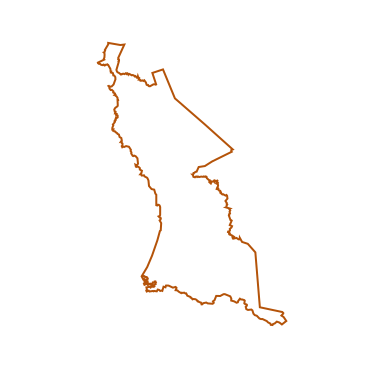 ÅpÅtiki District, Bay of Plenty, New Zealand, rotated 293°
{"feature_id": "76426892B67902923412925", "entity_name": "ÅpÅtiki District", "entity_type": "district", "adm_level": 2, "iso_a3": "NZL", "parent_name": "New Zealand", "parent_adm1": "Bay of Plenty", "projection": "orthographic", "projection_center": [177.566, -38.035], "detail": "fine", "context": "isolated", "style": "outline", "palette": "amber", "viewbox_px": 384, "rotation_deg": 293, "n_neighbors": 0, "source": "geoboundaries", "source_scale": "gbopen_adm2", "svg_char_len": 5913}
<svg xmlns="http://www.w3.org/2000/svg" viewBox="0 0 384 384"><g transform="rotate(293 192 192)"><path d="M105.2,326.5L110.1,329.2L112.7,325.2L113.2,322.6L115.8,323.5L116.3,323.3L116.8,322.0L112.4,299.5L161.2,273.9L166.1,263.6L165.6,257.6L168.5,253.9L167.3,254.3L166.8,254.0L166.6,253.2L167.1,250.9L165.1,248.1L165.6,247.4L167.2,248.1L167.4,247.0L167.0,246.4L167.6,246.0L167.6,243.8L167.9,244.0L168.1,243.4L167.7,243.3L167.9,242.8L168.6,242.8L168.6,242.2L169.4,242.0L169.2,240.8L169.7,240.7L170.3,241.7L171.6,241.9L172.8,241.2L174.8,242.2L176.2,242.2L176.3,239.7L182.0,239.7L181.4,239.4L181.2,238.4L184.8,235.1L185.5,235.3L186.0,234.8L187.1,235.4L188.5,234.3L190.0,234.4L190.9,232.9L191.6,233.5L191.1,229.2L191.6,229.7L192.6,229.2L194.3,229.3L194.6,228.5L195.4,228.4L196.8,226.3L199.8,227.2L202.2,225.8L202.7,224.9L201.8,224.3L202.1,221.4L201.6,220.9L202.1,219.3L202.6,219.1L202.5,218.3L203.6,218.2L204.1,217.5L203.8,216.8L204.6,215.2L204.5,214.3L205.4,214.9L205.6,214.7L205.4,213.5L207.9,213.6L209.2,212.8L209.3,211.8L209.7,212.3L210.5,212.3L210.7,211.1L211.3,210.7L213.0,211.4L211.2,209.7L211.4,209.0L210.1,209.0L211.0,207.8L209.8,207.4L209.2,205.0L208.3,205.1L207.9,206.0L207.2,206.0L207.9,204.0L209.7,203.7L209.6,202.9L210.5,200.3L211.7,199.4L211.7,198.5L211.0,198.1L211.0,196.8L210.3,196.3L209.8,194.5L208.5,192.6L208.6,191.5L207.8,190.9L208.1,190.3L207.6,189.4L206.7,189.0L206.5,187.4L207.9,186.3L208.2,185.6L208.5,186.3L210.1,186.0L210.4,186.6L211.9,187.3L212.5,188.3L217.6,188.4L220.9,193.7L228.0,198.6L244.5,212.8L244.8,212.2L246.0,211.8L247.1,212.9L259.3,177.2L271.5,139.7L293.5,117.4L286.1,109.0L276.4,117.5L276.9,116.4L276.0,114.4L272.9,112.0L272.6,111.0L273.3,109.8L272.9,109.3L273.0,108.3L274.8,106.8L276.2,104.4L275.2,103.8L275.4,102.9L274.6,101.8L274.8,101.0L274.4,100.8L275.2,99.6L274.8,99.1L276.3,98.9L276.6,97.6L277.3,97.0L276.1,97.2L276.3,96.8L276.0,96.5L276.4,96.3L276.0,96.0L276.6,94.6L276.0,94.2L276.6,92.7L276.4,91.5L275.9,91.0L276.2,88.4L275.9,88.3L275.9,87.1L275.3,87.2L275.9,86.1L275.0,85.6L275.5,84.7L274.1,83.7L274.0,82.3L273.1,81.6L272.9,80.7L272.4,80.6L273.1,78.2L273.1,77.0L273.5,75.9L274.9,74.7L283.3,73.7L283.5,73.3L284.4,73.5L285.2,73.1L285.3,72.3L286.0,72.3L286.5,71.7L301.3,72.1L299.3,68.6L296.5,56.6L295.2,57.2L288.7,56.3L288.5,56.7L286.5,56.8L286.0,56.3L285.7,57.1L284.2,57.9L281.6,58.8L280.0,58.8L279.6,59.5L274.3,54.8L273.9,55.1L273.6,56.1L274.0,57.4L273.6,58.2L273.7,59.8L274.6,60.7L274.3,61.0L274.7,61.6L274.4,62.3L275.6,63.0L275.9,64.0L276.4,64.2L276.2,65.2L273.4,68.8L271.3,69.9L271.4,70.6L270.3,70.7L270.5,72.8L268.6,74.0L268.8,75.0L267.8,76.5L265.8,77.5L260.3,77.8L257.8,76.8L257.2,75.9L256.9,74.7L257.2,74.0L256.9,73.7L256.0,75.2L255.0,75.6L254.1,77.3L254.7,78.3L253.9,80.4L252.8,80.6L252.6,82.6L252.0,83.1L251.1,82.8L251.4,83.8L250.7,84.1L250.5,85.3L249.5,86.7L248.3,87.2L248.1,87.8L247.8,88.0L247.6,87.5L242.8,89.8L241.8,89.9L239.5,88.5L237.6,88.2L235.9,89.4L236.0,90.2L234.3,90.4L234.6,91.0L234.1,91.4L234.5,91.4L234.4,92.3L232.9,92.5L233.2,93.7L231.6,94.4L230.7,93.8L230.6,93.0L229.0,93.1L229.1,93.4L228.6,93.7L227.0,93.0L226.7,93.6L226.0,93.6L223.2,92.8L222.7,93.5L219.9,93.6L218.4,94.2L219.0,95.2L217.6,95.5L217.7,96.2L217.4,96.9L217.7,97.7L217.0,99.0L216.9,100.2L216.4,100.7L216.3,102.3L214.3,103.9L214.1,105.8L212.1,107.2L210.5,106.9L211.0,107.6L209.6,108.2L209.4,109.1L207.9,109.7L206.8,109.4L206.0,110.3L206.9,110.8L206.9,111.9L208.5,113.4L209.0,116.3L206.9,119.3L205.8,119.4L204.8,120.8L203.7,121.0L202.1,123.3L202.1,123.9L202.9,124.5L202.9,126.2L201.7,128.6L197.0,131.2L195.9,131.1L194.9,130.1L195.0,129.3L193.4,130.4L193.3,130.9L193.9,131.3L194.2,133.0L193.6,134.7L192.3,135.2L192.0,137.6L189.0,138.1L188.9,137.7L188.1,137.5L188.3,138.0L187.5,139.3L188.6,141.3L187.8,142.2L187.6,144.9L187.2,145.7L185.6,147.4L180.7,150.1L178.9,153.6L179.4,156.3L176.2,158.9L175.5,160.2L165.9,164.3L166.0,165.3L167.0,165.7L167.2,166.5L166.9,167.5L165.7,168.6L158.3,171.7L157.3,171.6L156.5,170.8L155.8,172.4L156.0,173.1L155.5,173.6L154.3,173.8L153.2,173.3L151.3,175.8L144.5,178.2L143.6,177.7L134.0,179.0L117.8,180.1L105.4,180.1L94.7,178.6L92.6,181.1L92.9,181.3L93.8,179.8L95.4,179.6L96.0,181.1L95.4,181.8L96.0,183.5L95.7,184.2L95.1,185.1L94.1,185.2L93.8,184.4L92.9,184.7L92.4,184.2L93.5,183.5L92.2,183.6L91.5,184.7L92.1,186.2L91.1,186.6L90.5,188.1L90.5,188.7L90.7,188.4L91.6,190.0L91.3,191.1L91.8,191.7L93.4,191.3L93.6,192.0L94.4,192.4L94.4,193.1L95.2,192.9L95.4,193.3L95.1,193.6L95.0,193.2L94.7,193.5L94.2,193.3L94.1,194.0L93.6,193.8L93.0,194.5L90.4,192.9L89.9,192.1L89.6,192.6L90.0,193.3L90.0,194.0L89.8,193.9L88.9,191.4L87.9,191.2L88.2,190.1L86.4,187.3L84.6,188.6L83.4,188.4L82.7,189.2L84.3,190.7L83.8,191.7L85.6,194.7L85.6,195.5L86.1,195.8L86.8,198.4L88.8,198.6L89.0,200.0L88.5,201.4L89.4,202.5L89.4,203.3L93.7,202.8L93.9,204.8L95.7,204.6L95.9,205.0L96.7,207.0L96.5,211.8L98.2,214.0L97.7,215.2L95.2,215.3L95.7,217.1L95.1,218.5L94.7,221.6L95.3,221.9L95.5,223.0L96.3,224.1L96.0,225.7L96.4,226.3L94.7,228.2L94.8,231.6L94.2,232.0L94.2,233.1L93.4,234.4L94.0,235.0L94.6,236.9L94.5,238.4L93.5,239.9L93.9,240.5L93.5,241.5L93.7,243.5L92.3,244.7L92.7,245.4L94.0,245.7L95.8,248.3L95.6,250.0L97.2,254.7L98.5,255.3L99.5,254.0L101.2,255.0L105.8,254.9L107.3,258.6L110.2,260.9L110.8,262.1L110.9,268.0L109.3,269.8L107.4,270.5L107.8,273.6L107.5,276.3L108.4,277.3L109.6,277.1L112.5,277.8L112.2,279.1L112.7,280.3L112.9,282.4L112.6,283.0L109.9,283.7L109.6,284.7L109.8,286.1L109.5,286.7L108.8,286.9L107.3,286.3L105.4,287.8L105.3,289.6L107.0,292.6L106.6,293.9L104.0,296.1L103.2,297.9L103.4,300.0L101.9,303.5L102.0,305.1L102.6,306.5L102.4,311.3L101.7,312.9L101.5,315.6L100.5,316.4L101.0,318.1L102.1,318.2L103.3,319.5L105.8,320.7L106.0,323.4L105.2,326.5ZM90.8,185.4L90.6,184.1L88.9,183.5L88.0,184.5L89.8,186.2L90.8,185.4ZM94.1,181.8L92.4,182.0L91.8,182.6L92.5,182.8L92.5,182.3L94.1,181.8ZM89.7,188.5L89.5,187.2L89.2,187.6L89.7,188.5Z" fill="none" stroke="#b45309" stroke-width="2"/></g></svg>